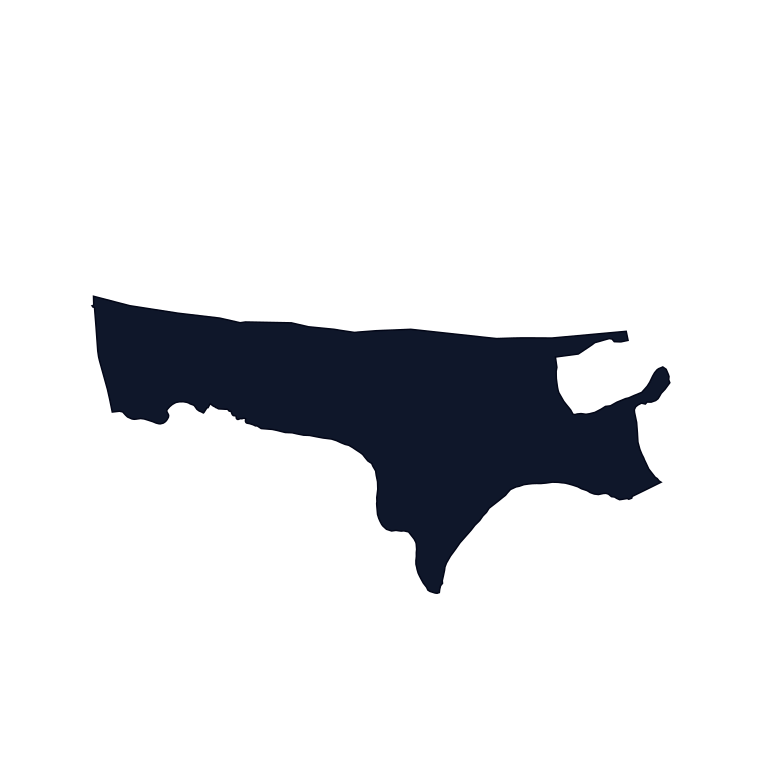 outline of Ilaje, Ondo, Nigeria, rotated 142°
{"feature_id": "59680162B44253410475450", "entity_name": "Ilaje", "entity_type": "district", "adm_level": 2, "iso_a3": "NGA", "parent_name": "Nigeria", "parent_adm1": "Ondo", "projection": "mercator", "projection_center": [4.771, 6.193], "detail": "fine", "context": "isolated", "style": "filled", "palette": "ink", "viewbox_px": 768, "rotation_deg": 142, "n_neighbors": 0, "source": "geoboundaries", "source_scale": "gbopen_adm2", "svg_char_len": 4515}
<svg xmlns="http://www.w3.org/2000/svg" viewBox="0 0 768 768"><g transform="rotate(142 384 384)"><path d="M558.9,632.0L563.7,625.5L565.1,624.8L565.9,625.3L566.0,623.9L565.0,622.6L575.5,606.7L589.2,586.3L592.2,581.1L593.9,577.4L605.2,550.1L609.6,540.8L615.4,529.2L609.2,525.4L607.1,522.9L606.8,518.6L606.4,515.9L604.1,511.6L602.6,510.0L600.9,508.9L597.1,506.7L594.5,504.1L592.4,501.1L589.3,496.5L587.7,493.6L585.9,491.3L584.8,490.3L582.1,489.1L580.2,488.9L578.1,489.1L576.3,489.7L574.4,490.5L573.2,491.6L572.7,492.6L572.3,495.0L571.9,496.4L570.8,497.3L566.8,498.1L563.5,498.2L560.5,497.8L559.0,497.4L556.1,495.9L553.1,493.6L550.8,491.1L549.7,489.5L549.0,487.7L547.8,485.8L547.0,484.5L546.8,483.4L547.0,479.2L546.3,476.6L545.1,474.5L544.2,472.4L543.5,472.4L538.4,474.2L538.0,474.1L537.3,473.7L536.0,474.2L534.9,474.8L533.4,475.3L532.8,475.2L532.8,474.3L532.5,473.2L532.1,471.7L531.5,470.5L531.2,470.3L531.0,470.0L531.2,469.3L530.7,468.6L529.7,466.3L525.8,462.9L524.5,461.7L523.1,460.7L522.7,459.5L522.7,457.9L521.6,457.0L521.5,456.1L521.8,455.5L522.2,454.1L522.4,453.1L522.2,451.9L520.8,450.5L520.5,449.9L520.5,449.3L521.3,448.3L521.5,447.7L521.4,446.5L520.8,445.9L519.8,445.5L518.9,445.5L518.0,444.6L517.2,444.0L516.2,443.7L515.2,443.0L514.5,442.0L514.6,441.4L515.1,441.0L516.0,440.2L516.3,439.5L516.5,438.6L516.1,437.5L514.3,435.5L512.2,432.4L511.1,430.1L510.5,429.6L509.9,429.6L508.2,424.5L500.0,417.0L496.9,413.3L491.7,406.6L486.4,402.1L483.4,398.4L478.9,393.2L474.4,389.4L469.9,384.2L465.3,379.0L459.3,373.0L456.3,368.6L454.0,364.1L451.8,360.3L449.5,357.4L448.0,353.6L446.5,349.1L445.0,344.7L444.2,341.6L444.2,337.9L444.1,333.4L443.4,331.2L442.6,328.9L442.8,328.3L443.4,325.9L444.1,320.7L446.3,316.9L447.8,313.9L449.3,310.9L451.5,307.9L453.7,304.9L456.7,301.9L459.7,298.9L461.9,295.8L463.4,294.3L464.1,293.3L464.9,292.1L469.4,285.2L470.8,281.5L471.6,278.5L472.3,274.7L472.3,272.5L471.5,268.0L468.5,263.5L464.7,261.3L462.5,259.0L461.0,257.5L458.7,256.0L455.7,252.3L455.7,247.1L455.7,243.3L456.4,239.6L457.1,238.1L460.1,233.6L462.3,231.3L464.6,228.3L466.0,226.8L467.5,225.3L469.8,222.3L471.2,219.2L472.0,217.7L473.5,214.0L474.2,211.0L474.9,207.2L475.6,202.8L475.6,202.1L475.6,200.6L475.6,197.6L476.3,194.6L475.5,192.3L472.5,187.9L471.0,186.4L468.8,185.6L466.5,187.9L463.6,190.2L460.6,190.9L459.1,193.2L455.4,196.2L450.9,200.0L448.7,202.2L444.9,204.5L437.5,207.5L429.3,209.8L421.8,212.1L405.3,215.2L399.4,216.7L392.6,217.5L387.4,219.1L382.2,219.8L377.7,221.4L372.5,221.4L371.4,221.4L367.8,221.4L365.7,221.4L360.5,221.5L356.8,221.5L353.8,222.2L349.3,223.0L343.3,221.6L340.3,220.1L335.8,218.6L332.0,216.4L328.3,214.1L325.3,211.9L321.5,208.9L317.0,206.0L311.8,203.0L307.3,199.3L307.1,199.1L304.3,196.3L303.6,195.7L302.1,194.2L299.7,191.1L297.5,188.1L294.5,183.6L292.9,179.9L289.9,175.4L289.2,173.9L288.4,171.6L286.1,167.9L283.1,164.9L278.6,162.7L276.4,161.2L274.9,159.0L274.1,155.2L271.9,153.0L271.1,150.7L269.6,147.8L267.9,146.8L265.7,145.6L262.8,144.0L262.1,142.5L259.1,141.5L257.6,142.6L244.4,139.8L226.1,136.0L226.9,138.2L226.9,141.2L227.7,143.5L227.7,147.2L227.7,150.2L227.7,154.0L227.0,157.0L226.3,160.0L225.5,163.7L224.8,166.0L224.1,169.7L222.6,175.0L219.7,181.8L218.2,184.0L215.5,187.9L214.5,189.3L211.5,193.8L208.5,198.3L207.8,199.8L206.3,202.8L204.1,207.3L202.6,209.6L201.1,210.4L199.6,211.1L196.6,211.1L192.9,210.4L190.4,207.3L187.8,207.8L184.6,205.2L180.1,203.7L177.1,203.7L174.9,204.5L171.2,206.0L165.9,206.8L158.0,209.0L157.0,212.1L154.8,214.4L154.0,216.6L152.6,221.9L153.8,225.8L156.1,226.4L158.1,227.0L160.1,227.1L163.8,226.3L167.5,224.8L170.5,223.3L173.5,221.8L178.0,220.2L181.7,219.5L186.2,218.7L188.4,219.4L191.4,220.2L193.7,220.9L199.7,222.4L202.7,223.8L206.4,224.8L211.7,226.3L219.0,227.4L223.3,230.0L228.4,230.5L235.3,231.8L240.5,234.1L243.5,235.8L245.5,237.9L247.0,239.4L250.3,241.5L252.3,242.3L253.7,243.8L252.9,248.4L252.9,251.4L253.0,255.1L253.0,259.6L251.6,269.4L250.8,271.6L249.3,274.6L247.1,278.4L244.9,282.1L242.7,285.1L240.4,288.1L237.5,290.7L232.3,299.7L212.4,288.0L195.8,286.8L192.4,286.8L187.9,284.9L183.1,283.0L178.5,281.1L176.6,279.0L176.5,275.6L173.4,273.0L171.3,271.3L164.8,268.1L160.7,276.4L223.3,316.8L243.4,332.7L248.6,336.7L253.8,340.6L266.9,350.2L267.1,350.3L275.4,358.3L322.4,404.0L329.2,410.6L342.9,420.4L351.6,426.7L357.5,430.9L372.8,441.1L373.7,441.6L375.6,442.9L386.6,454.5L386.8,454.8L389.8,458.0L408.4,475.7L419.3,489.2L455.0,518.2L459.6,520.8L472.8,537.0L502.8,566.7L536.1,602.2L545.3,614.2L558.9,632.0Z" fill="#0f172a" stroke="#020617" stroke-width="1.5"/></g></svg>